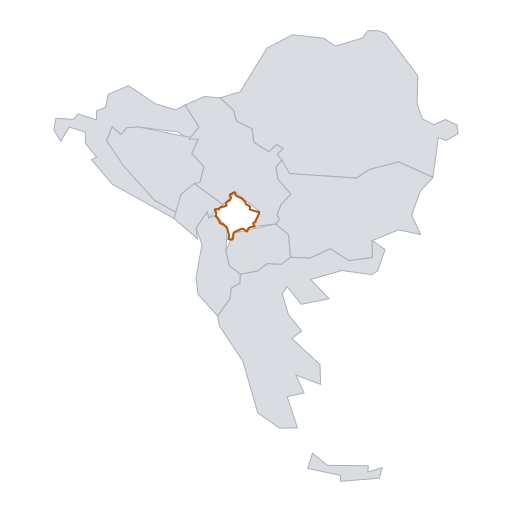 Kosovo shown with its bordering countries
{"feature_id": "XKX", "entity_name": "Kosovo", "entity_type": "country or territory", "adm_level": 0, "iso_a3": "XKX", "parent_name": "Europe", "parent_adm1": "", "projection": "equal_earth", "projection_center": [20.84, 42.557], "detail": "fine", "context": "with_neighbors", "style": "outline", "palette": "amber", "viewbox_px": 512, "rotation_deg": 0, "n_neighbors": 9, "source": "natural_earth", "source_scale": "50m", "svg_char_len": 4138}
<svg xmlns="http://www.w3.org/2000/svg" viewBox="0 0 512 512"><path d="M422.2,118.7L433.8,124.7L445.4,119.5L457.1,125.1L458.1,133.5L446.2,140.6L438.3,137.5L432.9,177.4L398.7,161.9L369.0,169.6L356.5,178.1L289.4,173.6L277.2,154.2L283.0,148.6L276.7,144.5L268.8,151.9L253.9,142.3L251.9,128.8L236.5,121.1L233.7,110.7L220.1,97.9L240.2,91.8L266.9,48.2L292.6,34.7L323.9,38.3L335.6,46.1L362.1,38.1L368.1,30.7L378.5,30.7L386.2,33.8L417.8,75.8L417.1,103.8L422.2,118.7Z" fill="#d9dde1" stroke="#a8b0b8" stroke-width="1"/><path d="M281.9,159.9L289.4,173.6L356.5,178.1L369.0,169.6L398.7,161.9L432.9,177.4L420.2,191.3L411.7,215.2L420.7,234.5L398.3,229.9L372.2,240.6L372.4,257.5L348.9,260.7L330.3,248.8L309.7,258.2L290.5,257.2L288.4,234.7L275.4,223.9L279.6,219.2L276.8,215.1L281.0,204.5L290.7,194.0L278.1,179.6L275.7,167.5L281.9,159.9Z" fill="#d9dde1" stroke="#a8b0b8" stroke-width="1"/><path d="M382.3,467.7L379.2,478.2L340.4,481.3L340.6,475.4L307.7,468.4L312.5,453.3L327.3,465.3L368.3,465.8L367.8,472.0L382.3,467.7ZM290.5,257.2L309.7,258.2L330.3,248.8L348.9,260.7L372.4,257.5L372.2,240.6L385.1,249.6L377.6,270.9L371.6,274.7L342.0,270.5L310.6,279.4L329.0,298.7L301.2,304.3L287.2,286.6L282.3,294.1L288.4,314.7L301.7,330.9L291.9,338.5L320.0,364.6L320.6,384.4L296.0,375.1L304.0,393.0L287.1,396.7L297.5,427.8L279.8,428.3L257.8,412.9L243.0,361.5L219.3,325.7L217.5,315.9L229.7,299.2L231.3,288.0L239.8,283.0L240.3,274.1L257.4,271.0L267.2,263.6L281.3,264.2L290.5,257.2Z" fill="#d9dde1" stroke="#a8b0b8" stroke-width="1"/><path d="M240.3,274.1L239.8,283.0L231.3,288.0L229.7,299.2L217.5,315.9L198.1,294.3L196.0,278.0L202.0,244.2L196.0,228.1L207.3,211.5L208.9,217.8L215.8,214.9L227.4,227.4L225.9,251.2L229.5,265.7L240.3,274.1Z" fill="#d9dde1" stroke="#a8b0b8" stroke-width="1"/><path d="M128.5,85.7L154.9,103.6L175.6,109.9L185.1,105.0L199.0,126.9L189.1,139.3L177.8,132.0L138.6,127.0L126.8,127.8L121.1,134.6L112.2,127.0L106.6,140.7L154.4,200.1L176.9,212.8L174.0,218.5L112.2,184.1L91.4,159.7L96.6,157.2L85.4,143.3L85.3,132.2L69.2,127.0L60.9,141.2L53.9,130.2L55.8,118.3L73.4,119.4L78.2,113.9L96.5,119.9L96.7,110.8L105.5,107.4L108.3,94.3L128.5,85.7Z" fill="#d9dde1" stroke="#a8b0b8" stroke-width="1"/><path d="M176.9,212.8L154.4,200.1L123.9,166.4L106.6,140.7L112.2,127.0L121.1,134.6L126.8,127.8L138.6,127.0L198.3,139.2L191.8,153.7L204.0,166.4L200.2,182.1L180.9,194.4L176.9,212.8Z" fill="#d9dde1" stroke="#a8b0b8" stroke-width="1"/><path d="M275.4,223.9L288.4,234.7L290.5,257.2L281.3,264.2L267.2,263.6L257.4,271.0L240.3,274.1L229.5,265.7L225.9,251.2L233.6,233.0L275.4,223.9Z" fill="#d9dde1" stroke="#a8b0b8" stroke-width="1"/><path d="M185.1,105.0L204.4,96.5L220.1,97.9L233.7,110.7L236.5,121.1L251.9,128.8L253.9,142.3L268.8,151.9L276.7,144.5L283.0,148.6L277.2,154.2L281.9,159.9L275.7,167.5L278.1,179.6L290.7,194.0L281.0,204.5L276.8,215.1L279.6,219.2L275.4,223.9L254.6,226.4L259.7,211.7L235.0,192.0L220.7,207.3L222.8,204.5L194.1,183.6L200.2,182.1L204.0,166.4L191.8,153.7L198.3,139.2L189.1,139.3L199.0,126.9L185.1,105.0Z" fill="#d9dde1" stroke="#a8b0b8" stroke-width="1"/><path d="M222.8,204.5L208.9,217.8L207.3,211.5L196.0,228.1L197.6,238.9L174.0,218.5L180.9,194.4L194.1,183.6L222.8,204.5Z" fill="#d9dde1" stroke="#a8b0b8" stroke-width="1"/><path d="M222.9,206.8L226.1,205.8L226.6,205.1L225.8,203.6L226.3,202.6L230.1,199.9L230.7,198.7L231.0,197.7L230.4,196.7L229.7,195.1L230.1,194.4L232.1,193.5L233.7,192.4L234.6,192.3L235.2,193.1L235.2,193.9L235.7,195.3L236.9,196.0L238.9,197.2L241.2,198.0L243.0,199.6L245.5,202.5L245.8,204.0L248.1,205.3L250.1,206.7L249.8,209.4L256.8,211.7L258.4,211.7L259.1,212.1L259.1,212.8L258.6,214.6L255.7,220.4L255.5,221.6L253.4,222.9L253.1,223.6L253.7,225.2L254.3,226.4L254.2,226.4L249.8,227.3L248.3,228.4L247.5,230.3L247.2,231.3L246.4,231.4L245.1,230.4L243.4,228.8L241.3,228.9L234.0,232.3L233.3,234.1L233.2,238.0L232.7,239.0L231.9,239.7L228.9,239.2L228.5,239.0L228.9,237.5L228.8,234.3L227.4,228.9L226.5,227.2L224.5,225.4L222.9,224.3L220.2,223.3L218.8,220.3L216.7,217.0L215.6,216.3L215.8,215.9L216.3,213.4L215.7,211.6L214.8,210.1L215.4,209.1L217.4,209.1L219.0,209.3L219.6,207.8L222.9,206.8Z" fill="none" stroke="#b45309" stroke-width="2"/></svg>